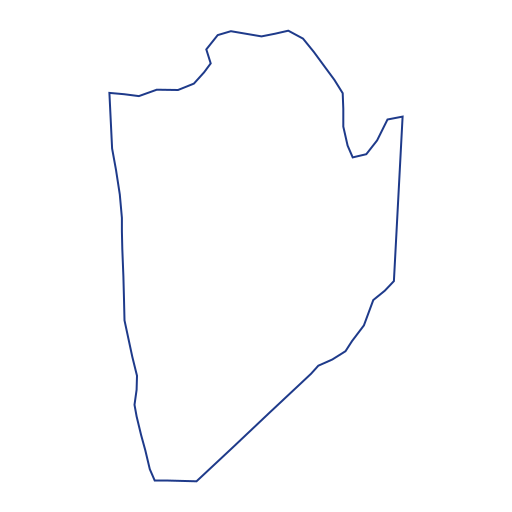 Estiva Gerbi, São Paulo, Brazil (Robinson projection)
{"feature_id": "56859067B75829164095202", "entity_name": "Estiva Gerbi", "entity_type": "district", "adm_level": 2, "iso_a3": "BRA", "parent_name": "Brazil", "parent_adm1": "São Paulo", "projection": "robinson", "projection_center": [-46.944, -22.24], "detail": "fine", "context": "isolated", "style": "outline", "palette": "blue", "viewbox_px": 512, "rotation_deg": 0, "n_neighbors": 0, "source": "geoboundaries", "source_scale": "gbopen_adm2", "svg_char_len": 827}
<svg xmlns="http://www.w3.org/2000/svg" viewBox="0 0 512 512"><path d="M402.6,116.6L387.5,119.5L377.1,140.4L366.3,154.2L352.7,157.4L347.6,145.6L343.3,126.6L343.3,108.9L342.7,93.2L334.4,79.9L324.6,66.6L313.8,51.9L303.0,38.6L288.3,30.7L275.1,33.7L261.5,36.4L245.6,33.7L230.9,31.2L217.7,35.1L206.3,49.4L210.7,63.4L204.1,72.3L193.9,83.6L178.0,90.0L156.8,89.7L138.9,96.1L124.0,94.2L109.4,92.9L112.1,148.5L116.0,169.9L119.8,194.5L121.9,217.9L121.9,231.4L122.3,248.9L123.4,276.7L124.0,299.3L124.5,320.4L132.3,356.8L137.0,375.8L136.6,389.8L134.5,404.8L136.6,416.4L141.1,435.0L145.3,450.3L149.8,469.2L154.7,480.5L165.9,480.5L196.5,481.3L233.1,447.1L269.8,412.4L311.0,373.8L318.3,365.7L332.3,359.5L345.5,351.2L352.0,341.1L363.9,325.4L373.3,300.0L384.8,290.7L393.9,281.1L402.6,116.6Z" fill="none" stroke="#1e3a8a" stroke-width="2"/></svg>